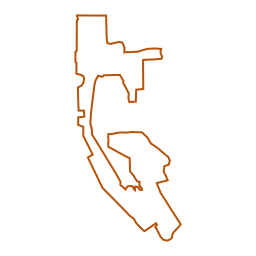 Tejen, Ahal, Turkmenistan (Robinson projection)
{"feature_id": "10190150B49022220136906", "entity_name": "Tejen", "entity_type": "district", "adm_level": 2, "iso_a3": "TKM", "parent_name": "Turkmenistan", "parent_adm1": "Ahal", "projection": "robinson", "projection_center": [60.242, 38.323], "detail": "fine", "context": "isolated", "style": "outline", "palette": "amber", "viewbox_px": 256, "rotation_deg": 0, "n_neighbors": 0, "source": "geoboundaries", "source_scale": "gbopen_adm2", "svg_char_len": 3059}
<svg xmlns="http://www.w3.org/2000/svg" viewBox="0 0 256 256"><path d="M131.4,52.0L124.7,52.3L124.3,52.4L124.5,47.9L123.8,46.0L123.4,44.8L122.0,42.4L121.8,42.4L118.8,42.0L113.8,43.1L113.0,43.3L111.2,43.8L110.6,43.9L109.8,43.7L107.7,43.2L107.4,43.1L107.0,40.4L106.9,39.5L106.7,38.6L106.1,15.6L76.9,15.4L76.9,16.0L77.1,16.0L77.5,17.5L78.0,19.4L76.8,20.7L76.7,50.4L76.5,51.2L75.3,52.2L75.4,53.5L75.6,54.6L75.4,57.8L75.5,61.9L75.7,62.2L76.5,62.7L76.4,73.7L81.3,75.0L81.9,75.4L83.1,75.9L83.3,76.5L83.6,76.7L83.6,77.4L84.2,79.0L83.5,82.3L83.4,82.4L83.4,82.9L81.7,85.5L77.9,87.5L78.0,92.4L78.1,95.9L78.4,105.8L78.6,110.6L83.7,110.6L83.9,110.6L84.4,116.6L78.4,117.3L78.2,117.3L78.2,124.9L78.5,125.0L81.6,126.1L83.1,126.7L83.3,126.8L83.3,135.7L83.3,136.1L84.1,137.5L91.3,151.8L92.5,154.2L92.7,154.7L89.5,156.5L87.9,157.5L88.0,157.7L88.9,159.6L102.2,187.3L102.4,187.8L112.2,197.7L118.2,203.8L123.5,209.2L127.8,213.7L129.7,215.8L129.9,215.9L133.6,218.5L136.4,223.3L141.3,228.5L144.4,231.2L144.5,231.2L156.0,223.2L156.9,224.8L157.0,224.9L155.2,227.2L157.1,229.9L157.2,230.2L158.8,233.2L160.6,236.9L163.1,239.6L163.6,239.8L164.3,240.0L165.8,240.4L167.7,240.6L167.9,240.5L168.1,240.4L171.7,238.3L172.6,233.8L174.1,231.8L174.9,230.8L175.6,230.1L178.2,227.5L179.8,225.5L180.7,224.3L179.9,223.0L178.2,220.4L170.0,207.6L168.2,204.8L164.7,199.2L160.6,192.9L160.2,191.7L159.9,191.0L159.8,190.8L156.8,183.1L167.7,180.3L167.4,179.6L165.6,175.3L164.2,172.8L163.7,171.7L163.7,171.3L164.4,166.2L168.5,164.7L168.8,164.6L169.6,161.5L169.8,160.9L168.5,157.3L156.7,147.3L156.5,147.2L150.9,143.5L147.5,137.6L142.2,132.6L142.1,132.4L131.2,132.0L130.7,132.1L126.3,132.6L122.8,132.5L120.3,132.4L117.7,132.8L115.0,133.3L114.0,133.6L112.5,134.0L111.0,134.0L108.6,134.1L108.4,134.1L108.3,135.3L108.1,136.9L108.5,139.9L108.4,141.4L108.3,142.6L108.2,144.2L108.4,146.8L122.2,154.4L127.1,157.1L127.5,157.2L129.7,158.2L130.0,171.5L133.0,174.7L135.2,178.5L137.3,181.4L139.1,181.7L139.6,181.8L139.6,182.2L139.3,184.6L140.2,186.3L140.5,186.9L141.8,188.2L141.8,188.3L141.9,188.9L141.9,189.9L139.6,189.7L138.8,188.6L138.7,188.5L138.6,188.0L138.2,187.0L136.5,186.7L136.2,186.6L135.5,186.6L135.3,186.6L135.0,189.7L134.9,190.2L134.3,189.6L134.0,189.0L133.0,187.3L132.3,186.1L132.2,186.1L128.0,186.2L127.8,186.3L126.8,187.3L125.5,189.4L123.1,187.1L122.5,186.7L120.4,185.1L120.5,181.9L119.4,179.8L115.1,172.2L104.6,155.0L103.3,152.8L92.1,134.6L91.8,130.4L91.7,128.1L91.3,127.0L90.4,124.3L90.3,124.1L90.4,123.3L91.0,113.6L91.4,109.5L92.0,104.2L92.6,99.5L94.5,84.8L95.2,81.9L95.5,80.5L96.4,78.9L98.1,75.8L98.2,75.7L99.5,76.1L102.3,76.8L102.6,76.6L103.7,75.3L119.8,74.9L120.0,75.2L123.4,80.9L123.2,82.9L127.1,90.1L127.3,90.5L128.7,93.3L128.5,97.2L128.5,99.2L129.4,102.0L129.7,102.0L135.8,101.6L136.2,89.7L143.3,89.0L143.1,69.4L143.1,67.0L143.1,59.9L156.1,59.3L156.3,59.3L161.2,58.9L161.4,58.8L162.3,56.7L160.9,54.1L160.5,51.7L161.2,48.9L160.4,48.9L155.1,48.5L154.1,48.5L147.4,48.9L143.4,49.9L143.1,50.0L141.1,50.7L138.1,51.7L137.9,51.7L137.5,51.7L131.4,52.0Z" fill="none" stroke="#b45309" stroke-width="2"/></svg>